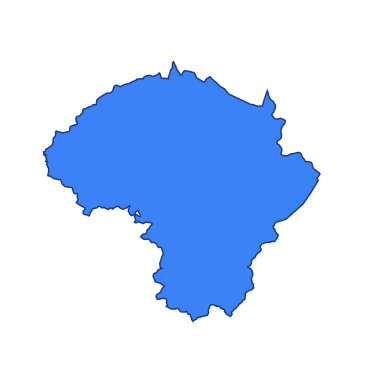 Bounkani, Zanzan, Ivory Coast, rotated 335°
{"feature_id": "98640826B90856530326373", "entity_name": "Bounkani", "entity_type": "district", "adm_level": 2, "iso_a3": "CIV", "parent_name": "Ivory Coast", "parent_adm1": "Zanzan", "projection": "mercator", "projection_center": [-3.483, 9.078], "detail": "fine", "context": "isolated", "style": "filled", "palette": "blue", "viewbox_px": 384, "rotation_deg": 335, "n_neighbors": 0, "source": "geoboundaries", "source_scale": "gbopen_adm2", "svg_char_len": 5973}
<svg xmlns="http://www.w3.org/2000/svg" viewBox="0 0 384 384"><g transform="rotate(335 192 192)"><path d="M311.3,234.9L310.9,234.1L311.2,232.4L315.1,230.2L315.5,229.7L315.6,229.1L313.7,225.1L312.0,222.3L311.9,220.8L312.7,216.9L312.5,215.7L311.1,214.1L308.4,213.0L307.6,211.8L307.4,209.4L306.7,206.8L307.0,203.7L306.5,202.3L305.9,201.6L304.9,201.0L299.9,200.0L298.0,199.3L294.7,199.4L292.4,199.1L290.2,197.6L289.0,196.2L288.8,195.3L289.0,194.4L290.6,192.8L291.6,190.6L290.9,186.2L289.6,184.0L289.8,182.9L291.2,181.9L294.2,181.4L295.7,180.6L297.4,177.8L298.0,174.5L298.4,173.7L300.7,171.7L301.6,170.5L303.8,169.7L305.3,168.9L306.5,167.0L306.5,166.4L306.1,165.6L303.5,162.7L302.7,162.3L299.8,162.1L298.3,160.7L297.5,159.4L297.1,156.7L297.1,155.8L297.6,155.1L300.1,154.0L300.7,152.6L302.3,151.9L303.3,150.9L304.3,148.1L303.8,144.2L302.4,141.9L302.1,140.2L302.2,137.3L302.8,134.7L303.0,132.1L296.8,138.5L292.2,143.8L287.9,142.1L283.9,138.4L282.2,137.4L266.6,118.7L265.1,112.4L262.1,108.1L260.6,104.1L257.7,97.4L257.2,95.3L255.8,95.1L251.9,96.0L250.5,97.5L249.1,97.4L244.5,90.6L244.5,85.2L244.0,84.5L241.1,82.0L237.2,79.3L236.3,79.0L235.4,79.1L232.1,81.4L231.0,81.3L230.7,77.8L230.0,74.5L230.4,71.2L230.2,69.7L230.4,67.0L230.1,66.2L228.8,67.0L227.0,70.4L226.1,71.5L223.9,72.7L222.1,75.3L219.6,77.3L218.6,78.7L218.4,79.6L217.5,79.1L216.6,78.2L214.1,76.8L212.3,76.1L213.0,70.8L212.5,70.3L210.2,71.1L207.1,71.0L205.1,70.6L203.0,68.4L201.3,67.8L198.3,67.4L197.1,67.6L195.4,68.8L194.8,68.3L189.8,66.4L188.8,66.9L187.2,67.1L184.6,66.8L180.6,67.0L176.3,66.1L171.5,66.2L168.6,63.2L166.6,63.2L165.8,63.6L162.7,67.0L160.5,67.6L159.4,67.6L157.2,66.6L155.2,66.5L149.4,67.1L145.8,67.9L145.0,68.2L142.0,72.3L139.2,71.1L137.4,71.8L133.4,71.3L130.6,71.4L128.4,70.9L127.4,72.1L126.2,74.3L124.7,74.4L122.9,75.4L120.6,75.3L119.5,75.0L118.0,76.0L117.6,76.9L117.5,78.1L116.8,79.0L117.0,79.9L117.7,80.4L117.2,81.4L116.6,81.6L116.4,81.9L114.5,82.0L113.6,81.4L112.7,81.6L109.7,81.1L108.8,81.9L107.4,84.2L106.6,85.1L106.2,85.2L99.7,83.7L95.9,80.6L94.9,79.5L94.0,79.7L92.1,83.3L91.3,83.8L89.1,84.5L86.7,88.8L85.2,90.2L83.8,90.7L77.5,91.7L77.5,92.0L75.9,93.3L74.5,92.9L74.2,94.7L73.4,95.3L73.3,95.8L73.9,96.1L75.0,96.0L75.5,96.7L74.0,97.7L74.5,99.2L74.4,99.7L73.7,100.7L73.9,102.1L73.4,102.4L72.6,102.1L72.2,102.6L73.2,103.3L73.6,104.1L71.8,105.6L72.2,106.4L71.8,107.7L72.0,110.2L70.7,112.9L69.7,114.4L68.5,115.6L68.4,116.5L69.6,117.2L72.9,122.0L74.5,122.7L75.9,124.3L78.0,125.0L78.2,126.9L77.7,130.0L77.9,131.0L78.9,132.2L79.3,133.6L80.8,134.3L82.1,135.6L84.3,136.6L85.1,137.5L85.2,138.0L84.4,142.8L85.1,144.2L86.0,144.2L86.7,144.5L87.2,145.1L87.1,146.2L85.9,147.7L85.9,150.2L84.7,151.6L83.2,152.2L82.6,152.9L85.9,158.2L87.9,160.4L88.3,161.4L88.2,161.9L87.0,162.9L85.3,163.5L84.9,164.0L84.3,165.4L84.5,166.3L85.1,167.0L86.3,167.7L87.9,169.2L88.0,169.7L88.6,170.1L89.6,169.7L89.8,169.0L91.8,167.2L93.1,166.7L94.8,165.2L98.9,166.1L100.8,165.7L102.4,166.0L102.9,166.4L103.4,168.0L104.2,168.6L105.9,168.8L106.9,170.5L109.0,172.6L109.9,172.4L110.5,171.9L111.1,172.0L112.5,172.8L112.7,173.8L113.6,174.0L114.7,173.3L119.0,173.5L119.7,174.2L119.5,174.6L120.2,176.2L121.0,177.3L122.5,178.7L124.3,178.5L126.0,178.9L128.5,178.0L129.6,178.3L129.5,178.7L126.7,181.5L126.1,182.6L126.4,184.0L126.2,185.0L126.9,187.3L127.1,187.7L129.0,188.1L130.6,187.9L131.8,187.4L132.4,186.2L133.1,186.2L134.7,185.9L135.4,186.8L135.1,187.8L135.6,190.2L135.5,191.0L135.0,192.1L134.4,192.3L133.2,191.2L132.6,189.7L132.3,189.4L131.2,188.8L130.3,189.1L129.3,190.5L129.3,193.9L127.4,194.6L127.0,195.2L127.9,196.1L129.5,196.5L131.1,196.1L132.1,197.8L132.9,198.2L134.1,199.7L134.5,200.0L136.9,199.8L139.3,200.6L140.1,201.5L141.7,202.4L142.3,203.5L142.4,203.9L141.7,204.7L139.1,205.7L137.6,207.1L135.5,207.3L132.8,210.4L131.6,210.3L129.9,209.4L126.6,210.7L128.3,214.4L129.9,215.3L132.4,216.0L133.4,217.8L133.8,220.6L136.2,221.6L137.7,223.8L138.2,228.0L140.8,229.2L140.1,235.3L132.6,243.1L131.2,247.6L132.3,247.8L132.6,248.4L128.8,248.3L127.6,248.6L126.1,249.9L125.1,250.2L123.3,249.7L122.5,250.2L121.5,251.3L121.0,253.0L121.1,255.4L120.7,257.9L124.7,261.2L125.3,262.8L126.2,263.6L127.2,265.5L127.0,265.8L124.7,266.6L123.0,267.8L121.2,269.5L117.3,270.1L116.3,270.5L115.4,271.4L115.0,273.0L115.3,274.6L116.2,275.0L120.2,275.9L120.7,276.3L122.8,277.1L123.4,277.8L123.4,279.8L122.5,280.7L122.1,281.5L122.0,283.9L121.4,284.5L120.4,284.6L120.5,285.2L121.4,285.9L122.6,288.0L124.3,289.5L126.7,290.8L129.8,291.3L130.3,292.3L130.9,295.2L131.5,296.0L134.7,297.8L136.4,297.8L136.7,298.0L136.8,301.0L137.0,301.3L138.6,301.8L138.1,304.1L138.3,305.8L137.8,307.3L138.3,309.7L139.1,309.1L142.5,309.1L143.7,308.1L145.5,308.8L149.8,309.2L150.6,309.6L154.0,310.1L155.9,308.6L156.3,307.8L156.7,306.2L160.1,302.7L161.4,302.4L163.5,302.8L164.8,304.7L166.1,305.7L166.3,306.5L167.9,306.6L168.4,307.1L168.8,308.2L168.9,309.5L169.8,309.8L170.1,311.0L171.0,311.6L171.6,312.4L170.9,314.5L171.7,315.4L171.3,316.5L171.5,317.1L173.5,320.3L173.9,320.7L174.9,320.8L176.6,319.7L176.5,319.3L176.9,318.9L176.7,317.9L177.7,317.3L178.9,317.1L180.5,316.1L182.0,316.1L186.3,314.3L187.0,313.5L187.7,313.4L188.6,313.6L189.4,313.1L190.6,313.1L192.7,311.5L193.8,311.8L194.4,311.6L195.0,311.0L195.7,309.3L196.2,308.9L196.7,307.6L197.5,307.1L197.8,306.3L198.5,305.9L202.6,305.5L204.8,305.8L207.4,305.0L208.4,301.5L208.5,300.7L208.2,299.9L209.1,295.5L212.2,292.7L213.2,289.2L212.6,285.8L211.4,284.9L210.9,283.5L211.9,283.2L213.2,283.3L215.1,282.3L216.5,280.4L216.7,279.6L217.9,278.9L219.9,278.0L221.2,278.0L222.0,277.6L223.0,276.5L226.0,275.1L228.5,274.8L229.5,274.3L230.5,273.2L230.2,271.1L230.6,270.4L233.1,268.6L237.3,268.9L238.2,269.4L239.9,269.6L241.5,270.6L243.9,270.5L244.6,270.9L245.3,271.7L246.3,271.6L250.3,269.1L252.1,267.3L251.1,265.1L250.7,262.2L251.4,260.9L250.6,260.0L250.8,257.6L251.0,257.4L252.1,257.2L254.5,255.1L256.4,255.0L257.4,255.3L258.5,255.1L260.7,255.8L266.1,256.3L287.7,249.7L298.1,243.6L311.3,234.9Z" fill="#3b82f6" stroke="#1e3a8a" stroke-width="1.5"/></g></svg>